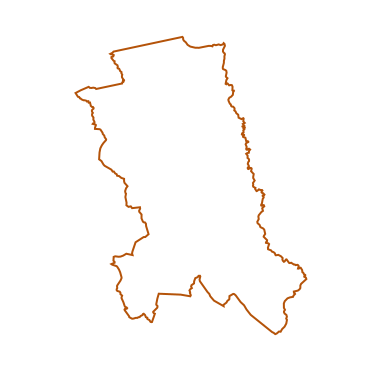 Morrumbala, Zambezia, Mozambique (orthographic projection), rotated 170°
{"feature_id": "85939544B61462515035200", "entity_name": "Morrumbala", "entity_type": "district", "adm_level": 2, "iso_a3": "MOZ", "parent_name": "Mozambique", "parent_adm1": "Zambezia", "projection": "orthographic", "projection_center": [35.601, -17.005], "detail": "fine", "context": "isolated", "style": "outline", "palette": "amber", "viewbox_px": 384, "rotation_deg": 170, "n_neighbors": 0, "source": "geoboundaries", "source_scale": "gbopen_adm2", "svg_char_len": 6037}
<svg xmlns="http://www.w3.org/2000/svg" viewBox="0 0 384 384"><g transform="rotate(170 192 192)"><path d="M283.2,108.3L282.7,107.5L280.5,106.4L280.0,105.2L280.2,103.8L278.8,102.1L279.7,100.4L279.8,99.6L278.7,95.4L278.1,91.3L277.9,90.6L276.5,89.7L276.0,88.9L276.5,88.4L278.5,88.4L278.9,87.9L278.8,87.3L275.5,80.5L275.5,79.6L273.0,77.6L271.5,77.5L269.3,77.8L267.6,77.5L266.6,78.0L265.3,77.9L264.2,78.8L262.1,79.4L261.5,80.3L260.7,80.5L259.6,79.0L259.2,76.8L257.9,76.0L258.1,75.5L257.9,74.6L256.2,73.3L255.4,71.3L254.6,70.9L254.0,70.9L249.7,78.6L250.7,79.3L251.1,80.3L251.0,80.8L246.4,84.0L246.0,84.7L245.8,85.7L246.7,87.1L246.7,87.7L244.6,93.1L242.4,97.6L221.0,92.9L211.8,89.6L211.1,90.6L211.6,93.0L211.2,93.6L211.6,95.5L210.5,96.6L208.8,97.4L209.3,99.0L208.7,100.3L205.9,101.6L205.4,103.7L203.7,106.6L201.1,107.2L200.1,108.3L198.7,108.1L198.5,107.4L199.8,104.4L199.7,102.7L194.1,90.8L192.7,88.7L192.1,86.1L189.2,81.2L180.7,74.1L180.6,75.4L177.3,77.1L176.0,78.7L174.4,79.5L173.8,80.1L173.2,83.0L169.1,84.5L168.1,84.1L166.9,82.6L163.2,75.1L160.4,71.4L158.7,66.8L155.5,60.8L137.4,40.1L136.1,39.2L134.7,37.6L133.2,37.9L130.5,39.5L129.0,39.0L127.1,41.3L124.2,43.3L122.0,46.1L120.7,49.6L121.2,51.0L120.2,52.7L120.4,54.6L121.9,56.2L122.3,57.7L122.1,58.5L120.9,59.8L121.6,62.0L120.9,66.3L119.6,68.4L116.4,70.7L113.9,71.2L110.7,71.2L110.0,72.4L108.2,73.7L108.5,74.6L109.1,75.0L109.0,76.3L104.9,76.5L103.0,77.5L102.0,78.6L101.5,81.2L100.5,82.6L94.5,86.4L94.7,87.8L96.2,89.1L96.0,89.7L95.0,90.0L94.9,90.7L96.0,91.6L96.4,93.1L97.2,93.8L97.1,96.0L98.1,98.5L98.7,98.7L100.2,98.0L100.9,98.2L99.8,100.5L100.3,101.6L100.9,102.0L102.7,102.0L103.4,102.8L104.3,102.9L106.6,105.1L108.0,105.0L108.7,105.3L110.6,109.2L111.2,109.2L112.8,107.6L113.6,107.3L114.5,108.6L114.7,109.9L114.2,111.2L115.5,113.2L117.9,115.1L120.4,115.1L120.8,115.6L121.0,117.2L122.1,118.6L123.5,119.3L124.3,120.8L127.0,122.4L126.9,124.0L125.1,127.3L125.6,128.1L128.0,129.1L127.9,129.6L126.7,130.5L126.4,131.5L129.2,135.5L128.8,136.3L127.2,138.0L127.4,142.4L128.2,143.7L130.7,145.5L131.2,148.0L132.8,149.8L132.9,151.3L131.0,153.7L130.9,156.3L130.3,157.5L127.2,160.2L125.4,161.1L125.7,163.8L123.3,165.4L123.6,166.6L124.3,166.8L125.8,166.4L126.2,166.7L126.2,167.2L125.1,168.7L123.5,173.0L122.4,174.1L122.4,174.7L123.1,175.8L123.0,176.3L122.4,176.5L121.8,176.1L121.1,176.8L122.1,178.4L123.2,179.0L123.6,179.7L123.4,180.3L122.4,181.2L122.6,181.7L124.7,182.3L125.6,183.0L127.5,181.8L128.3,181.7L129.3,184.1L128.8,185.0L130.7,186.5L130.9,187.5L130.4,188.6L130.4,190.3L128.3,192.4L129.3,195.1L129.1,196.3L128.1,199.0L130.2,202.2L129.2,204.5L129.4,205.2L130.4,205.6L132.4,204.8L132.8,205.0L133.0,205.8L132.8,206.4L131.6,207.1L131.5,207.9L132.2,210.0L131.4,211.7L130.5,212.5L130.2,213.8L130.4,214.8L131.4,215.9L130.9,218.2L132.0,220.2L131.0,220.7L129.2,220.8L128.8,222.4L127.4,223.7L128.3,224.7L129.1,224.7L130.5,224.0L131.1,224.5L131.1,225.2L130.3,226.8L130.9,229.7L130.1,230.8L127.9,231.4L127.8,231.8L128.3,232.4L129.3,232.3L129.8,232.7L130.0,236.2L132.0,237.2L132.1,237.8L130.8,239.0L130.8,239.3L131.1,239.6L132.5,239.6L132.9,240.0L132.5,241.0L130.8,241.9L130.8,243.8L129.7,244.5L130.2,245.5L128.8,246.1L129.0,246.8L130.7,247.3L131.0,247.7L130.9,247.9L129.1,248.3L130.1,250.2L128.1,250.9L129.2,252.6L128.4,255.4L128.7,255.8L130.6,255.2L133.2,257.1L133.1,260.1L134.7,261.9L135.1,263.8L136.2,265.0L135.6,266.4L135.7,267.4L136.7,268.9L138.0,269.3L138.5,270.0L138.6,271.5L139.4,272.4L140.2,275.6L140.1,276.8L138.8,278.4L137.0,279.0L134.9,280.6L134.1,283.3L133.1,284.3L133.2,284.6L134.2,284.6L134.6,285.1L133.8,288.6L134.1,290.2L135.1,290.7L136.9,290.6L138.2,292.8L138.7,292.9L139.6,292.2L140.1,292.7L138.7,296.3L137.3,297.9L138.4,299.3L138.6,300.1L137.2,303.5L137.2,305.4L137.9,306.3L140.0,307.6L140.2,308.2L140.0,309.7L138.2,313.6L137.8,315.7L136.9,317.6L136.5,320.1L135.7,321.7L135.7,322.7L136.6,323.7L137.1,325.0L136.7,326.8L134.2,330.2L134.3,332.2L135.0,333.1L135.9,332.0L138.3,331.7L140.1,332.7L142.9,332.4L144.6,333.2L145.9,333.0L146.6,331.9L147.8,332.5L150.1,333.0L160.0,332.8L163.7,333.5L168.4,335.5L170.8,337.7L172.1,340.5L173.7,342.4L174.2,343.7L174.0,345.3L174.5,346.4L244.9,343.9L246.1,342.9L248.5,342.2L248.0,341.7L246.7,341.4L245.3,340.4L246.0,339.2L247.9,338.9L248.1,337.9L246.4,334.8L245.5,334.2L245.9,332.8L245.8,332.1L243.4,329.7L243.3,328.3L243.8,327.3L243.7,326.7L242.3,326.0L241.7,323.5L240.6,322.3L240.9,321.1L240.3,319.6L240.9,318.4L241.0,317.0L240.3,315.3L240.4,314.7L239.7,314.4L239.5,313.8L240.3,312.6L240.8,313.1L241.0,312.3L241.7,312.0L242.0,311.0L268.5,310.1L269.3,311.2L271.1,311.9L273.0,311.9L274.5,312.3L275.5,313.5L283.9,311.5L289.5,309.7L287.8,305.6L286.6,305.1L286.1,303.7L285.6,303.6L284.7,302.4L282.9,301.2L281.8,301.0L280.0,300.1L279.7,299.3L278.3,299.4L278.2,297.9L276.9,297.8L276.7,294.4L275.7,293.1L274.8,292.9L274.3,291.9L274.5,291.2L276.0,290.3L276.5,289.4L276.5,288.4L275.9,287.1L276.8,286.2L277.1,285.2L277.0,284.3L276.1,282.5L276.6,280.4L275.9,278.2L276.0,277.2L276.5,276.6L277.5,276.7L277.9,276.3L275.3,275.1L275.0,274.6L276.3,272.3L276.6,271.0L272.1,269.9L271.3,269.3L269.8,265.9L269.8,264.7L268.6,262.8L268.5,261.1L267.4,258.8L267.7,258.0L270.6,255.7L272.7,253.6L274.7,250.9L276.2,247.0L277.8,240.3L275.8,238.2L274.4,234.4L273.5,233.0L267.5,228.0L266.6,225.9L265.4,225.7L264.4,223.6L263.1,222.6L262.9,221.0L261.1,220.4L259.1,218.1L256.6,216.8L257.0,214.5L256.9,212.8L254.5,208.9L256.3,207.1L257.7,204.5L257.7,202.6L257.3,201.8L258.5,198.6L258.3,192.9L258.9,190.3L257.1,188.4L254.8,188.5L253.8,186.5L245.9,186.0L246.0,184.5L247.3,182.8L247.4,181.7L245.6,178.6L246.3,174.8L245.5,171.4L244.9,170.6L243.6,170.2L242.9,168.8L243.1,166.3L242.1,158.0L245.8,155.8L247.5,156.0L256.3,152.3L261.0,143.7L261.7,142.0L261.5,140.2L267.4,142.6L270.8,141.3L273.6,140.8L275.6,141.0L278.8,142.0L280.4,141.7L281.3,138.0L280.4,136.7L280.5,135.8L283.9,135.0L283.1,134.2L279.2,132.1L278.7,131.5L277.4,128.4L276.7,125.4L276.2,120.2L276.4,119.3L277.8,117.2L282.0,112.8L282.2,112.2L282.3,110.4L283.1,109.3L283.2,108.3Z" fill="none" stroke="#b45309" stroke-width="2"/></g></svg>